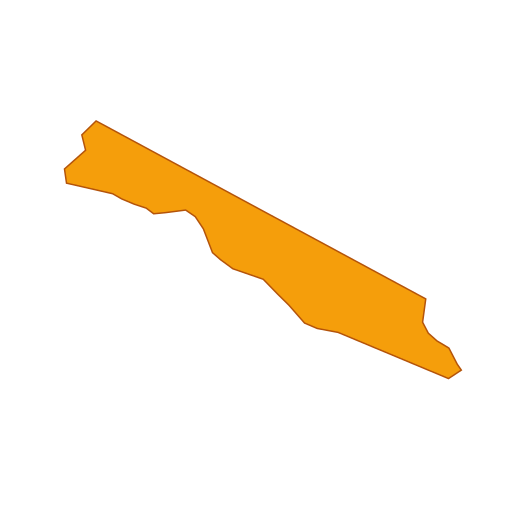 Toraille, Soufrière, Saint Lucia (orthographic projection), rotated 249°
{"feature_id": "8701671B26291709137074", "entity_name": "Toraille", "entity_type": "district", "adm_level": 2, "iso_a3": "LCA", "parent_name": "Saint Lucia", "parent_adm1": "Soufrière", "projection": "orthographic", "projection_center": [-61.033, 13.858], "detail": "fine", "context": "isolated", "style": "filled", "palette": "amber", "viewbox_px": 512, "rotation_deg": 249, "n_neighbors": 0, "source": "geoboundaries", "source_scale": "gbopen_adm2", "svg_char_len": 576}
<svg xmlns="http://www.w3.org/2000/svg" viewBox="0 0 512 512"><g transform="rotate(249 256 256)"><path d="M391.9,105.2L365.5,144.5L357.5,151.0L348.0,160.9L340.0,170.7L332.1,175.6L328.9,187.1L324.1,206.8L314.5,213.4L300.2,216.6L274.7,216.6L265.2,221.6L252.4,229.8L231.7,254.4L212.6,262.6L198.3,269.1L176.0,277.3L166.4,287.2L155.3,305.2L72.6,391.8L75.9,406.8L82.8,405.1L100.9,403.1L111.9,394.5L122.2,389.2L134.5,387.8L146.7,394.5L155.1,399.1L436.5,157.6L439.4,155.1L431.5,136.8L415.8,134.8L405.9,108.4L391.9,105.2Z" fill="#f59e0b" stroke="#b45309" stroke-width="1.5"/></g></svg>